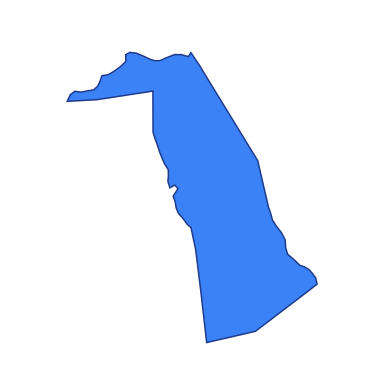 the district of Granjeiro, Ceará, Brazil, rotated 77°
{"feature_id": "56859067B11059555749091", "entity_name": "Granjeiro", "entity_type": "district", "adm_level": 2, "iso_a3": "BRA", "parent_name": "Brazil", "parent_adm1": "Ceará", "projection": "mercator", "projection_center": [-39.273, -6.924], "detail": "fine", "context": "isolated", "style": "filled", "palette": "blue", "viewbox_px": 384, "rotation_deg": 77, "n_neighbors": 0, "source": "geoboundaries", "source_scale": "gbopen_adm2", "svg_char_len": 1023}
<svg xmlns="http://www.w3.org/2000/svg" viewBox="0 0 384 384"><g transform="rotate(77 192 192)"><path d="M342.0,211.6L342.0,200.3L342.0,170.4L342.0,161.5L315.1,102.0L309.9,90.8L303.6,90.8L298.2,93.1L293.8,95.5L290.4,99.1L287.5,103.6L281.3,107.5L274.0,112.9L267.2,113.2L259.4,112.0L251.5,114.1L244.5,117.4L237.5,119.9L229.7,120.2L223.7,120.9L187.7,120.9L176.3,120.9L82.6,152.2L71.1,155.9L56.0,161.7L59.2,165.1L55.8,171.4L54.2,177.9L55.0,184.0L55.8,188.7L56.8,193.4L55.8,198.7L53.1,203.1L48.8,208.6L44.3,214.8L42.0,221.0L43.3,225.8L49.8,227.0L53.7,233.4L56.9,241.0L58.9,247.6L58.4,253.6L63.4,256.7L67.5,259.9L70.4,264.9L69.9,271.5L69.8,277.3L67.5,283.5L69.8,288.7L75.6,293.2L80.6,264.3L84.9,207.4L124.9,216.5L132.0,216.0L137.9,215.2L146.3,214.5L153.6,213.3L158.5,212.4L164.8,210.1L170.8,211.3L176.3,213.1L183.0,212.6L181.4,207.3L185.6,204.9L191.8,211.3L197.6,210.6L204.1,211.0L209.6,210.1L215.4,206.9L221.9,204.2L226.5,201.0L249.0,201.4L291.2,205.8L342.0,211.6Z" fill="#3b82f6" stroke="#1e3a8a" stroke-width="1.5"/></g></svg>